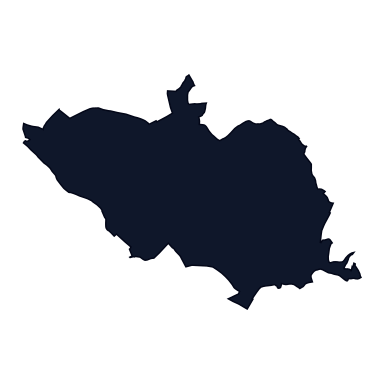 Madaras, Mures, Romania (Mercator projection)
{"feature_id": "2599482B13293210118033", "entity_name": "Madaras", "entity_type": "district", "adm_level": 2, "iso_a3": "ROU", "parent_name": "Romania", "parent_adm1": "Mures", "projection": "mercator", "projection_center": [24.418, 46.612], "detail": "fine", "context": "isolated", "style": "filled", "palette": "ink", "viewbox_px": 384, "rotation_deg": 0, "n_neighbors": 0, "source": "geoboundaries", "source_scale": "gbopen_adm2", "svg_char_len": 6014}
<svg xmlns="http://www.w3.org/2000/svg" viewBox="0 0 384 384"><path d="M299.0,138.4L298.1,137.2L297.6,136.8L296.3,136.0L294.2,134.3L292.2,133.2L289.7,131.4L288.6,130.9L287.4,129.8L286.8,128.9L286.3,128.7L285.9,128.3L284.5,127.2L282.3,126.3L279.0,125.4L277.7,125.0L276.7,124.4L275.3,123.0L274.6,122.4L272.9,121.2L272.1,120.3L271.3,119.7L270.8,119.4L270.5,119.4L270.1,119.5L269.0,120.1L266.9,120.8L266.3,121.1L265.7,121.5L264.6,121.9L264.1,122.2L263.7,122.7L263.4,122.9L260.3,123.9L259.5,124.0L258.7,124.0L258.1,123.9L255.9,124.1L254.7,123.7L253.3,123.2L252.2,122.6L250.5,121.4L249.3,120.9L248.1,120.9L246.0,121.5L242.7,123.4L240.1,125.2L238.0,126.1L237.3,126.6L234.7,128.6L232.8,130.7L230.8,132.9L228.0,135.7L225.6,137.6L223.7,138.6L222.8,138.9L220.1,140.5L219.5,140.6L218.2,139.9L217.0,139.1L213.6,136.0L212.7,135.3L211.8,134.5L209.9,132.2L208.6,130.5L207.5,128.6L206.4,126.9L206.0,126.4L205.0,125.5L204.6,125.2L204.0,125.0L203.0,124.8L199.3,124.4L199.5,121.2L199.2,119.0L198.6,117.1L201.3,115.9L202.2,115.3L202.6,114.4L204.3,112.4L204.7,111.3L205.4,108.2L205.6,106.0L205.8,104.6L206.3,103.1L201.7,103.4L200.3,103.8L196.9,104.0L194.3,103.8L192.6,104.1L192.4,104.0L191.9,104.1L189.5,104.4L189.1,104.4L188.6,104.0L187.9,102.7L187.5,100.2L187.5,99.2L187.5,96.9L187.5,94.9L187.8,93.4L187.8,93.1L188.0,92.3L188.2,91.9L189.2,90.6L191.3,87.6L192.2,86.6L192.8,86.2L194.5,85.6L194.1,85.0L193.2,82.9L193.0,82.0L192.5,81.2L188.9,75.0L187.9,75.8L187.0,76.3L186.4,76.7L186.1,77.2L185.9,78.1L185.8,78.7L185.1,79.9L184.9,80.6L182.8,83.2L182.3,84.4L181.4,85.8L180.9,87.0L179.2,88.6L176.7,90.3L176.0,91.4L167.6,90.9L167.4,93.6L167.7,95.4L170.5,107.4L172.5,113.2L166.8,116.6L156.9,121.9L156.1,120.8L149.1,124.3L148.2,123.2L145.2,120.9L143.4,120.0L140.8,118.9L137.5,117.8L134.6,117.1L126.0,114.2L117.4,112.6L110.6,111.0L108.7,110.8L103.2,109.7L98.5,108.0L92.5,108.2L89.9,108.8L83.4,111.6L70.2,118.2L69.9,118.5L62.4,112.5L60.2,110.8L59.3,110.2L59.1,109.4L52.6,115.7L46.5,122.4L45.5,124.2L44.3,125.9L43.3,128.2L43.2,129.5L38.2,127.2L32.9,126.5L31.1,126.1L27.0,124.9L23.7,123.5L23.1,127.5L23.0,129.1L25.1,135.4L25.6,137.0L25.6,137.4L28.1,138.1L30.0,139.6L28.6,140.8L26.8,141.4L25.4,140.8L24.4,141.4L23.5,142.9L27.7,146.4L31.0,149.9L36.2,154.6L37.1,155.6L38.1,157.0L39.0,157.9L44.1,163.1L45.7,164.2L46.9,165.1L49.6,167.6L50.6,168.8L52.2,171.4L55.1,174.7L55.6,175.4L55.9,176.1L56.2,177.4L56.6,178.5L57.2,179.8L57.5,180.2L61.0,184.8L63.6,188.0L64.3,188.7L66.6,190.6L68.8,192.3L69.3,192.4L70.8,192.5L73.3,193.3L76.2,194.4L79.5,195.9L84.9,197.7L87.4,198.6L88.5,199.1L90.6,200.2L91.5,200.5L91.9,200.8L92.0,201.1L93.1,202.0L97.1,204.8L100.6,208.1L101.3,209.1L102.0,210.3L102.1,210.6L102.0,211.2L102.3,211.8L104.6,217.2L105.7,218.7L105.9,219.1L105.9,219.6L105.9,221.0L105.8,222.8L105.8,224.6L105.9,226.7L106.1,227.9L107.1,229.6L108.2,230.5L108.8,230.7L111.0,232.7L114.2,236.1L116.5,234.1L124.8,241.7L130.9,246.9L130.4,248.1L129.8,249.0L129.5,249.2L132.2,256.0L129.8,257.2L130.1,257.5L131.5,257.1L133.5,256.7L134.3,256.9L134.8,256.8L135.3,256.4L140.1,257.1L143.1,259.3L144.6,260.1L145.6,260.2L147.3,259.9L150.5,258.6L151.9,258.3L153.9,258.1L159.4,252.8L168.3,243.2L172.5,247.8L173.7,248.4L174.2,249.0L174.6,249.7L175.7,251.2L177.4,253.0L179.7,255.4L180.6,256.7L181.4,258.3L183.2,261.7L185.9,266.8L191.9,265.2L206.7,265.9L212.6,266.9L213.7,267.5L217.5,270.0L221.7,273.1L225.5,276.6L228.8,280.1L232.2,284.5L234.1,287.6L235.2,288.6L237.5,290.2L239.6,291.4L238.4,294.2L237.8,294.3L228.3,298.8L233.0,301.4L238.5,303.9L247.2,309.0L252.9,299.2L252.1,298.8L256.7,292.1L259.0,289.0L260.9,287.1L263.5,286.3L265.7,285.9L268.6,285.6L271.2,285.3L273.5,284.8L274.0,284.8L274.6,284.7L275.1,284.7L276.1,285.7L276.5,285.8L277.1,286.3L277.2,286.6L277.4,286.9L277.4,287.4L277.8,287.9L278.2,288.2L278.8,288.2L279.7,288.0L280.5,287.5L280.8,286.6L281.3,284.9L281.4,283.5L283.9,284.2L285.6,284.5L287.2,284.4L288.6,284.1L289.9,284.0L291.7,284.0L293.1,284.3L294.2,284.6L297.2,286.7L298.5,287.4L299.8,288.5L303.2,286.5L304.2,285.3L305.0,284.2L305.8,283.6L307.2,283.0L308.9,282.5L312.4,281.9L311.1,277.9L311.0,277.0L310.9,275.8L311.2,274.9L312.3,273.2L313.5,271.8L314.6,270.8L316.3,270.0L316.9,270.0L317.5,269.8L319.3,269.2L320.6,269.1L321.3,269.3L322.6,269.7L324.1,270.5L325.8,271.4L327.9,272.5L329.0,272.9L331.3,273.2L333.0,273.8L334.2,274.2L337.2,274.8L338.1,275.0L339.3,275.5L340.1,276.0L344.8,279.8L346.1,280.6L347.0,280.9L347.4,280.7L347.8,280.2L348.0,279.5L348.4,278.9L348.8,278.6L351.0,278.7L353.1,278.3L353.7,278.3L354.4,278.4L355.3,278.7L357.7,278.9L359.2,278.4L361.0,277.4L360.3,276.1L359.8,273.8L358.2,270.4L356.0,267.0L355.0,265.6L355.2,263.9L353.9,263.2L352.9,267.0L352.2,266.5L351.6,269.4L351.3,270.6L351.0,270.8L350.7,270.5L350.5,269.9L349.6,269.4L347.9,269.0L347.2,268.9L346.9,269.2L346.3,269.2L346.0,268.9L344.2,268.9L344.1,268.5L344.2,267.5L345.6,264.6L346.8,263.0L348.1,259.8L348.7,257.6L349.9,256.0L351.5,254.6L352.3,254.5L353.8,252.5L351.8,253.0L349.8,254.1L348.0,255.5L345.8,257.9L344.2,260.3L343.1,261.5L342.1,262.0L339.4,262.2L337.2,261.9L335.4,261.8L333.4,261.9L330.4,262.8L329.5,262.6L328.7,261.4L328.3,259.6L328.2,256.5L328.6,253.8L329.3,248.4L330.9,243.9L332.2,242.9L330.1,239.9L329.4,239.3L328.9,239.1L328.2,239.0L324.7,240.1L323.5,240.1L322.5,240.3L321.1,242.6L320.3,242.4L321.1,234.8L321.7,230.6L323.6,225.9L324.7,223.5L326.7,219.8L329.3,214.9L330.2,212.9L329.3,212.4L333.2,203.2L332.2,203.1L331.3,202.9L330.4,202.6L329.3,202.0L328.3,201.0L328.4,200.5L327.3,197.7L326.5,196.6L325.4,195.5L323.2,193.6L325.1,191.5L323.9,190.6L321.6,189.3L319.5,189.0L318.9,189.2L318.7,189.1L318.0,189.3L317.7,189.0L317.3,188.1L316.9,187.1L316.4,185.0L315.8,183.0L315.5,180.6L314.7,178.2L314.2,177.4L313.1,176.2L311.9,174.3L311.2,170.5L311.3,167.7L311.3,164.3L310.9,163.5L306.7,158.1L303.8,154.2L303.9,153.5L304.5,152.3L304.8,151.4L304.9,150.0L305.3,148.7L305.7,147.6L306.6,146.5L306.4,146.2L305.6,146.3L304.5,146.1L302.5,144.6L301.7,143.9L300.8,142.5L300.1,141.3L298.9,139.8L298.4,138.6L299.0,138.4Z" fill="#0f172a" stroke="#020617" stroke-width="1.5"/></svg>